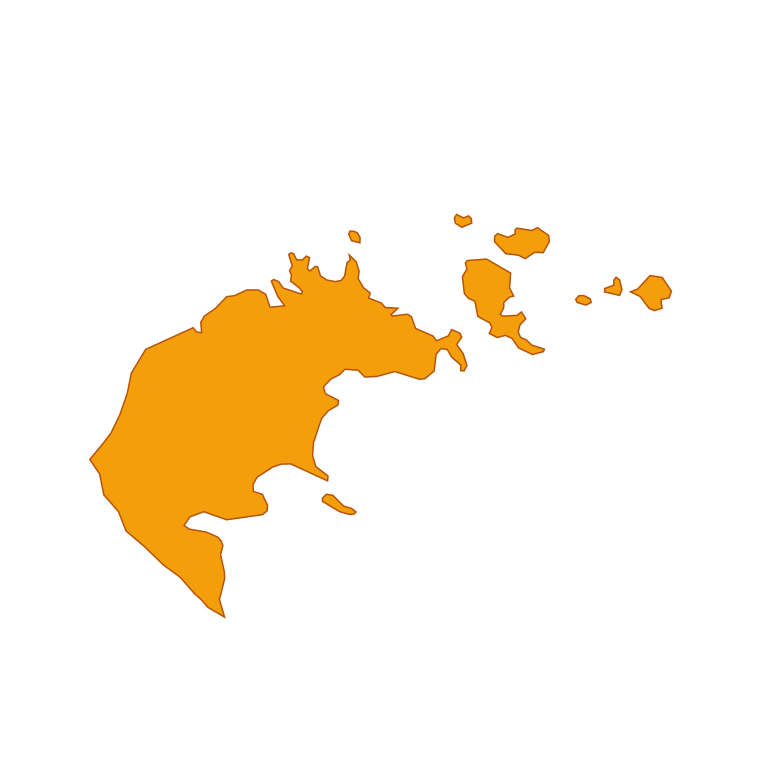 the district of Cholsan, P'yŏngan-bukto, North Korea, rotated 248°
{"feature_id": "82179303B45759472884401", "entity_name": "Cholsan", "entity_type": "district", "adm_level": 2, "iso_a3": "PRK", "parent_name": "North Korea", "parent_adm1": "P'yŏngan-bukto", "projection": "natural_earth1", "projection_center": [124.652, 39.648], "detail": "fine", "context": "isolated", "style": "filled", "palette": "amber", "viewbox_px": 768, "rotation_deg": 248, "n_neighbors": 0, "source": "geoboundaries", "source_scale": "gbopen_adm2", "svg_char_len": 3232}
<svg xmlns="http://www.w3.org/2000/svg" viewBox="0 0 768 768"><g transform="rotate(248 384 384)"><path d="M414.2,85.1L406.9,86.6L386.2,82.7L365.2,90.0L344.4,89.8L323.3,100.8L298.8,111.7L281.2,122.6L260.2,129.9L253.2,133.5L242.7,137.2L227.6,148.8L245.8,150.7L263.3,163.4L269.5,165.6L286.8,168.5L294.6,174.1L299.6,174.2L304.4,172.4L313.3,163.7L322.3,149.2L327.7,145.6L333.6,154.4L333.1,169.1L317.1,187.2L308.4,222.3L310.2,228.1L315.2,230.6L323.0,230.1L327.2,229.9L333.3,222.7L339.9,224.9L345.1,231.3L348.7,249.6L348.2,258.7L344.9,267.5L315.3,295.4L319.7,297.6L333.0,289.9L344.3,290.9L355.9,296.6L370.3,308.8L375.4,313.3L380.0,322.1L381.8,333.4L385.8,335.6L397.0,326.0L403.9,326.7L408.5,336.5L409.3,346.3L412.3,353.3L406.5,365.1L397.6,368.9L393.7,380.1L391.5,398.7L375.2,418.5L373.6,423.7L374.1,425.4L377.2,435.3L391.9,443.4L395.5,450.1L392.3,455.6L383.8,456.7L372.7,462.3L367.7,460.1L366.1,463.1L370.1,467.8L382.4,468.8L393.4,466.2L398.3,473.6L402.7,473.4L409.1,467.1L404.5,461.5L404.3,449.0L410.3,447.3L423.7,434.1L426.5,434.2L436.0,434.6L439.8,432.2L443.8,417.3L445.6,416.4L449.0,425.3L454.5,413.8L460.2,411.8L469.4,401.9L473.5,405.3L480.8,401.1L491.2,399.5L498.0,403.2L507.8,404.0L516.6,400.1L511.6,399.1L510.4,395.2L498.9,388.0L496.1,383.4L497.1,377.3L501.7,370.1L503.9,368.5L508.0,365.6L517.7,366.4L518.7,364.3L516.6,357.5L519.5,356.1L529.1,362.3L531.7,359.9L529.6,354.7L531.8,349.5L538.8,349.0L540.4,347.2L539.8,344.2L527.8,343.1L524.4,338.8L519.7,339.0L514.4,335.9L505.5,341.2L500.2,343.0L498.3,341.1L510.8,326.4L518.4,324.7L522.2,320.8L521.6,318.1L505.0,318.3L499.1,319.8L493.7,321.1L497.9,307.1L511.7,307.9L518.4,302.5L522.6,291.9L521.9,278.5L523.9,270.9L517.2,255.9L514.2,242.8L509.9,237.3L499.9,234.1L502.2,229.9L507.7,228.1L505.4,176.0L488.6,153.7L471.5,142.5L454.5,127.6L441.0,112.7L434.3,101.6L424.3,83.0L414.2,85.1ZM454.2,496.9L437.7,492.4L431.7,494.5L426.6,499.3L411.5,496.3L401.0,505.0L396.0,505.2L391.4,500.6L384.7,506.3L383.6,514.8L378.2,519.9L367.2,522.2L355.7,532.7L354.3,543.9L356.2,545.8L364.8,535.5L371.4,532.6L375.9,528.1L381.9,527.9L387.8,532.2L391.4,539.9L399.3,538.4L397.8,533.0L402.4,519.6L404.9,517.8L409.6,523.4L414.6,525.6L417.6,532.6L416.9,537.2L426.0,536.4L439.4,543.0L461.4,525.9L465.5,513.0L467.3,507.4L465.7,504.7L459.5,504.0L454.2,496.9ZM471.5,584.8L470.9,578.7L478.7,565.7L477.8,563.3L474.0,561.7L473.5,553.8L480.9,545.7L479.6,542.0L474.6,539.8L459.2,545.7L453.1,556.9L447.3,561.9L449.7,572.9L446.1,580.8L454.1,590.7L460.1,592.3L471.5,584.8ZM378.5,681.9L384.9,671.3L377.0,654.7L377.1,647.1L369.1,654.3L354.9,658.1L350.8,662.0L350.1,670.2L358.5,672.4L357.1,680.7L362.4,685.3L378.5,681.9ZM280.9,307.2L286.0,300.8L299.9,294.9L303.4,289.2L301.0,284.0L298.2,283.0L282.3,295.0L276.2,302.8L274.6,307.4L275.8,310.1L280.9,307.2ZM396.0,639.2L394.2,636.1L389.5,633.9L389.9,624.5L386.8,622.9L377.9,635.6L382.2,639.9L392.2,641.5L396.0,639.2ZM508.2,525.4L508.2,519.9L514.0,514.8L511.5,511.4L506.2,510.4L500.1,514.9L500.3,525.6L504.7,526.9L508.2,525.4ZM391.2,602.3L392.8,597.7L390.7,593.4L387.2,593.7L381.5,600.9L382.0,606.7L385.8,607.1L391.2,602.3ZM534.3,415.9L536.8,413.2L538.5,409.9L536.3,407.4L529.1,407.6L523.9,414.5L528.9,416.7L534.3,415.9Z" fill="#f59e0b" stroke="#b45309" stroke-width="1.5"/></g></svg>